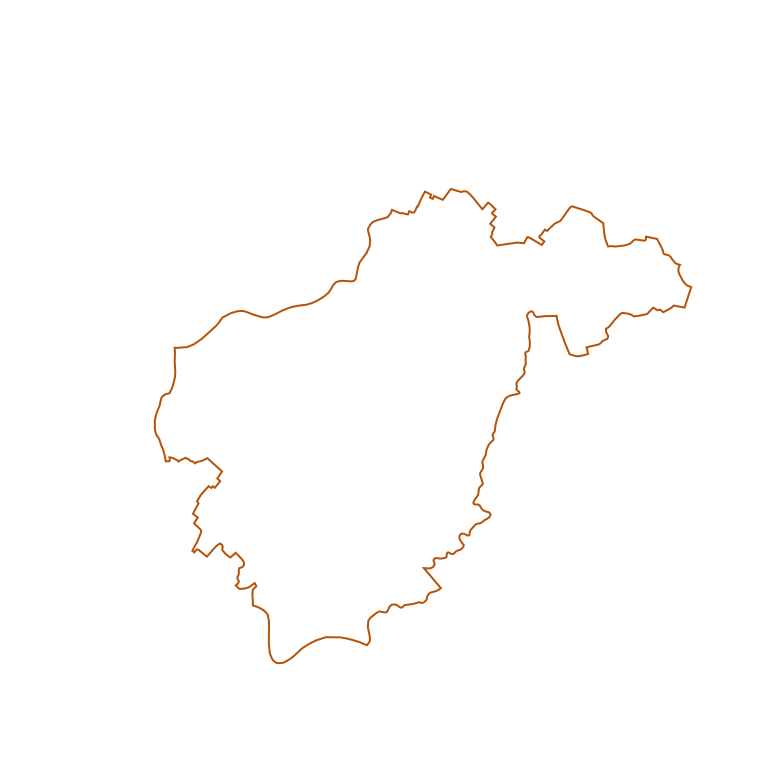 the district of Cam Giang, Hải Dương, Vietnam, rotated 129°
{"feature_id": "81297802B85581314164043", "entity_name": "Cam Giang", "entity_type": "district", "adm_level": 2, "iso_a3": "VNM", "parent_name": "Vietnam", "parent_adm1": "Hải Dương", "projection": "orthographic", "projection_center": [106.206, 20.951], "detail": "fine", "context": "isolated", "style": "outline", "palette": "amber", "viewbox_px": 768, "rotation_deg": 129, "n_neighbors": 0, "source": "geoboundaries", "source_scale": "gbopen_adm2", "svg_char_len": 6165}
<svg xmlns="http://www.w3.org/2000/svg" viewBox="0 0 768 768"><g transform="rotate(129 384 384)"><path d="M487.6,569.5L491.0,566.3L498.4,560.7L504.8,554.8L507.4,552.7L510.4,550.7L514.9,548.5L519.6,546.5L522.8,545.6L526.1,544.9L529.3,547.2L531.6,548.1L534.4,548.3L535.5,548.0L542.6,544.5L548.4,542.9L552.2,541.4L556.7,539.0L563.3,533.6L565.8,530.5L566.9,528.4L567.5,526.1L568.6,523.5L572.7,517.2L573.4,515.3L577.5,509.5L581.5,504.9L578.9,502.1L576.6,503.7L576.1,504.5L574.8,502.5L574.4,501.1L573.3,496.1L573.6,494.9L572.6,494.9L566.1,491.7L566.2,490.4L565.4,488.6L565.6,485.8L564.4,483.6L564.7,481.1L564.4,480.7L562.5,480.4L558.4,477.2L552.8,474.5L553.9,454.8L562.3,454.1L562.6,450.2L571.0,450.1L571.2,452.6L573.4,452.7L573.8,456.0L585.4,456.6L592.9,455.4L593.5,453.0L605.1,450.8L605.0,444.7L611.8,444.0L612.6,434.6L613.5,433.3L614.9,432.6L623.2,430.1L634.2,428.0L634.3,425.5L631.2,425.5L630.0,425.0L629.6,424.3L629.6,413.0L617.3,412.5L613.3,411.9L611.2,411.0L611.0,409.2L611.2,407.9L612.5,406.5L614.3,405.8L615.0,404.5L615.8,399.9L615.6,394.2L608.5,393.0L609.6,384.1L610.4,381.3L611.7,379.7L613.4,378.8L615.3,378.9L618.4,380.6L620.3,379.5L623.1,377.2L626.8,376.1L627.8,374.9L628.4,373.1L629.0,372.4L630.7,372.0L633.8,372.4L634.3,367.5L631.4,364.3L629.7,362.8L626.8,361.0L620.1,359.2L621.4,356.0L624.7,356.4L626.5,356.3L627.6,355.8L630.7,353.6L633.9,350.5L638.6,346.5L637.4,343.5L636.2,339.4L635.6,335.0L635.9,331.4L636.5,329.2L640.6,324.2L658.7,309.7L665.2,303.2L667.6,298.9L668.5,296.6L668.6,294.3L668.5,292.4L667.2,290.1L665.0,287.7L663.1,286.4L657.9,284.3L653.1,283.0L641.4,281.4L635.0,279.3L630.4,277.5L625.6,275.2L617.3,269.8L608.1,258.1L605.1,252.5L602.9,247.8L600.0,240.6L597.8,232.9L593.7,233.0L592.5,233.4L591.1,234.4L588.6,236.8L583.2,243.4L578.6,246.7L577.3,247.3L573.9,247.4L566.0,245.6L564.1,244.7L563.3,243.9L561.2,239.9L560.0,238.6L558.5,238.3L553.5,239.6L551.4,239.3L550.1,238.7L548.1,236.2L547.7,235.0L547.5,230.9L547.1,230.0L546.0,229.2L543.0,228.9L536.9,223.2L531.4,219.3L530.6,217.2L529.9,216.3L528.2,215.5L525.5,215.1L524.2,215.4L521.9,216.7L519.8,217.1L517.5,216.9L515.7,215.8L512.4,213.3L509.6,212.1L506.8,211.4L502.0,237.1L498.6,232.4L496.9,231.3L495.3,230.8L493.0,230.8L491.4,232.1L490.2,234.2L489.2,234.8L487.6,234.8L485.8,233.1L484.6,230.9L483.1,229.1L480.6,227.0L479.7,226.6L479.1,226.6L476.5,228.3L475.5,228.6L474.8,228.4L474.3,227.9L473.9,225.5L473.0,223.6L472.1,223.1L468.3,222.6L463.8,219.9L460.6,219.8L459.0,220.7L457.9,225.3L456.9,227.5L455.9,228.7L454.9,229.4L453.9,229.8L452.6,229.9L451.3,229.4L450.7,228.8L450.0,227.3L449.1,223.7L448.2,222.6L447.6,222.6L445.0,224.2L443.1,224.8L435.8,224.5L434.7,224.1L430.9,221.1L427.1,220.3L421.9,218.3L419.1,218.7L418.0,219.5L417.7,221.0L417.8,222.1L419.1,224.8L419.7,227.1L419.5,229.5L418.1,233.6L418.6,235.2L419.8,236.7L420.7,238.4L420.4,239.4L419.7,240.0L417.7,240.6L410.7,241.1L407.1,243.5L404.9,244.5L402.6,244.6L400.1,244.1L398.7,245.1L395.0,250.9L393.4,252.8L392.6,253.2L387.2,254.0L386.2,254.6L382.8,258.4L381.9,258.9L375.2,260.3L370.8,262.8L365.9,264.3L363.5,264.4L358.7,263.9L358.0,264.1L356.7,265.5L355.4,267.3L354.6,268.0L352.1,267.9L350.8,268.3L346.3,271.2L340.2,274.1L324.0,279.4L319.4,280.4L316.1,279.9L312.6,277.9L307.2,273.5L305.6,273.1L305.1,273.9L305.1,276.9L304.8,277.7L302.0,279.5L300.6,281.1L299.6,281.7L297.1,282.0L289.8,281.3L287.7,281.5L285.9,282.5L284.7,284.2L283.8,285.0L278.8,286.6L276.3,289.1L273.3,291.1L271.5,293.5L269.9,293.9L267.9,292.7L267.2,292.6L266.4,292.8L263.0,294.4L259.0,297.6L256.3,300.7L250.8,304.3L247.9,307.0L243.9,311.6L241.7,315.1L240.3,316.1L238.7,316.4L237.1,316.3L235.8,315.9L234.7,315.1L234.4,314.3L234.5,313.1L235.8,310.4L235.9,309.6L235.9,307.9L235.4,307.0L229.2,300.8L224.4,294.9L222.5,292.9L228.4,285.5L237.4,270.7L244.0,258.6L241.8,252.7L240.0,250.3L235.7,246.6L232.1,244.3L228.0,249.7L218.4,242.2L216.6,241.5L212.6,241.1L208.9,239.0L206.9,239.2L205.7,239.9L203.6,244.4L201.3,246.3L198.7,245.3L196.9,245.0L188.8,245.1L180.5,244.4L179.4,243.9L178.4,242.9L175.8,238.8L174.9,236.4L174.4,234.7L174.4,233.1L174.0,232.1L169.7,228.1L163.9,223.5L157.9,223.1L155.5,222.8L155.1,222.5L154.6,217.8L152.4,216.4L152.5,212.1L145.7,209.3L142.3,208.3L140.7,208.2L135.5,198.5L115.4,206.2L116.7,210.7L116.5,213.4L115.6,217.0L113.0,223.2L111.3,225.8L110.3,226.9L107.7,228.5L105.2,228.9L106.5,232.5L106.7,234.0L105.7,238.7L104.8,241.2L104.8,242.9L105.1,244.7L106.5,247.3L106.7,248.5L106.5,249.1L104.6,251.6L102.5,255.8L99.4,263.1L104.6,273.1L106.9,271.5L107.9,271.4L108.8,271.9L113.3,279.4L114.0,280.0L115.5,280.4L119.7,281.0L121.1,281.6L124.8,284.1L130.3,289.4L132.2,291.6L133.7,294.0L136.1,296.4L132.8,302.2L131.3,304.3L127.5,308.4L121.0,314.9L121.8,325.1L121.7,327.8L121.0,329.4L120.7,331.1L122.8,337.5L127.6,349.7L128.8,350.2L130.7,350.5L144.5,349.6L146.6,349.7L152.0,352.3L162.4,353.6L162.7,356.1L169.0,355.8L171.4,356.2L172.2,355.8L172.4,354.8L172.3,349.1L176.7,348.9L177.8,357.1L179.1,364.6L179.5,365.0L186.7,363.8L187.2,364.9L190.2,369.4L205.1,383.2L204.0,386.7L202.5,393.5L199.1,394.3L198.3,395.4L192.9,396.6L192.6,402.3L183.5,402.3L183.6,406.9L183.1,407.7L178.1,407.2L177.4,414.1L177.5,417.2L186.3,417.5L183.2,431.9L182.6,435.5L182.3,440.2L182.8,441.7L184.7,443.9L186.2,444.8L190.4,454.8L203.9,454.2L206.4,463.4L209.5,462.6L210.2,465.7L207.1,466.5L208.7,473.2L215.8,471.9L225.0,469.4L225.3,470.0L229.7,468.8L231.7,468.6L232.4,469.1L233.1,470.2L233.9,473.1L237.2,472.1L237.5,472.6L239.7,477.3L240.6,478.1L241.3,479.6L243.7,487.4L246.6,486.3L251.8,486.2L253.9,487.3L260.8,492.2L263.7,494.0L265.9,494.7L268.0,494.9L272.5,494.4L274.6,493.3L278.2,488.4L280.1,486.2L281.5,484.8L286.1,481.8L293.3,480.0L305.3,479.4L309.6,477.7L319.0,472.7L320.6,472.1L322.8,472.2L325.2,474.4L328.7,479.6L330.8,482.2L333.4,484.4L334.9,485.3L339.3,485.8L344.5,484.8L348.2,484.6L353.1,485.5L360.5,488.0L366.2,490.8L371.1,494.1L376.8,499.6L381.4,503.5L384.2,505.5L390.4,509.0L399.6,513.1L404.3,515.7L405.9,516.9L406.9,518.1L408.2,519.7L409.1,521.5L412.1,528.6L414.8,537.0L416.1,539.7L419.6,543.6L425.1,547.5L434.1,551.4L442.0,550.9L444.7,551.1L463.0,553.9L472.1,556.5L474.4,557.5L479.3,560.3L485.1,566.4L487.6,569.5Z" fill="none" stroke="#b45309" stroke-width="2"/></g></svg>